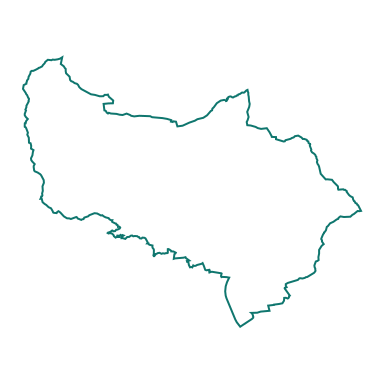 the district of Fieni, Dâmbovita, Romania
{"feature_id": "2599482B92838501845888", "entity_name": "Fieni", "entity_type": "district", "adm_level": 2, "iso_a3": "ROU", "parent_name": "Romania", "parent_adm1": "Dâmbovita", "projection": "robinson", "projection_center": [25.406, 45.133], "detail": "fine", "context": "isolated", "style": "outline", "palette": "teal", "viewbox_px": 384, "rotation_deg": 0, "n_neighbors": 0, "source": "geoboundaries", "source_scale": "gbopen_adm2", "svg_char_len": 5906}
<svg xmlns="http://www.w3.org/2000/svg" viewBox="0 0 384 384"><path d="M361.0,210.9L358.1,205.2L357.3,204.8L356.7,203.5L355.5,203.1L354.5,201.2L354.0,201.1L353.1,199.3L352.7,197.4L350.4,196.2L349.1,195.1L346.7,191.9L346.8,191.2L345.0,189.8L344.1,189.9L343.3,189.3L338.4,189.7L338.0,188.8L338.0,186.8L337.8,186.2L333.7,182.1L332.0,179.8L327.4,179.3L325.7,179.4L320.7,173.8L319.1,166.7L318.5,165.2L317.6,164.0L316.9,162.0L317.4,160.3L316.4,158.2L316.3,156.7L315.8,156.3L315.3,154.9L314.1,153.7L312.0,152.3L311.0,150.6L311.3,149.5L309.8,145.7L310.2,144.4L310.1,143.9L308.8,143.3L308.5,142.9L308.3,141.4L307.3,141.0L306.7,139.8L304.1,138.9L302.8,139.0L301.5,137.5L298.2,135.6L294.9,136.2L293.7,137.4L291.6,138.1L290.7,138.8L285.5,140.2L284.8,141.3L283.6,141.5L276.0,139.2L276.0,137.1L271.8,136.9L271.7,136.3L269.6,132.3L266.8,128.2L261.1,128.9L257.8,128.1L255.6,126.9L250.7,125.5L247.3,125.2L246.7,122.0L247.6,120.2L248.6,117.0L247.2,111.9L249.2,106.9L249.7,103.9L249.1,101.3L248.7,96.6L248.3,94.8L248.3,92.6L247.9,91.8L247.5,89.9L246.4,90.4L244.3,92.5L243.4,92.7L242.1,92.5L239.7,94.1L238.4,94.4L237.7,95.4L237.1,95.3L235.8,96.3L234.6,96.5L233.3,97.4L232.3,97.4L231.4,96.7L230.2,96.4L228.4,97.0L228.2,97.6L226.9,98.6L227.0,99.3L227.5,99.4L226.5,101.0L226.0,101.1L225.6,100.3L224.2,99.9L220.7,100.6L216.8,103.2L213.8,107.3L212.4,108.6L212.1,110.3L210.8,111.0L207.1,115.3L203.3,117.8L197.4,119.2L194.9,120.7L189.4,122.6L182.6,125.7L177.4,126.4L176.0,121.7L173.1,121.3L172.7,122.0L170.9,121.6L171.2,120.1L167.1,118.9L162.5,118.1L152.1,117.2L150.2,116.2L139.3,115.8L134.2,116.4L131.2,115.8L130.1,115.0L126.6,113.6L122.6,115.0L119.6,114.7L116.5,113.9L110.8,113.5L108.8,112.8L108.0,113.5L106.6,112.5L106.1,111.3L105.2,110.6L104.4,110.4L103.6,103.9L108.6,103.4L112.9,103.3L113.2,100.5L108.9,96.8L107.9,94.6L107.2,94.9L104.6,94.9L103.3,96.2L99.8,96.3L94.9,94.9L91.0,94.3L81.4,89.1L79.3,87.2L78.1,84.9L76.9,83.8L74.6,83.1L72.7,81.7L71.2,81.2L70.1,79.9L69.6,76.7L66.1,73.3L65.7,71.2L65.7,68.9L64.8,68.0L63.8,66.3L60.8,64.0L62.2,57.3L59.9,58.7L57.8,59.3L54.7,59.8L52.6,59.6L51.5,60.2L47.8,59.8L45.2,62.0L44.7,63.2L42.9,65.1L42.1,66.4L39.4,67.8L38.6,67.9L38.1,68.5L35.6,69.8L33.2,70.9L31.7,70.9L30.7,71.6L30.3,73.7L28.6,76.8L28.3,78.9L27.0,80.5L26.8,81.9L26.4,82.4L26.4,83.7L23.7,85.1L23.0,88.9L25.7,92.9L26.2,94.1L27.1,95.1L28.2,97.8L28.9,98.5L28.9,99.7L28.5,101.0L28.7,101.5L26.4,105.8L26.4,107.2L25.4,109.7L26.0,110.4L24.7,114.0L24.8,115.4L26.0,117.2L27.8,119.0L26.1,121.1L25.7,123.0L25.2,122.8L24.8,123.3L24.7,126.3L24.8,126.9L25.5,127.1L26.1,128.0L27.9,132.7L27.3,134.7L28.8,137.7L29.0,142.7L30.6,143.3L31.2,145.9L31.0,148.6L33.5,150.1L32.9,152.0L32.4,155.4L31.0,158.3L31.2,160.0L32.2,161.5L34.7,164.1L33.7,166.0L33.7,167.3L34.2,170.6L34.9,171.4L37.6,172.5L40.2,174.2L41.1,175.2L43.7,180.1L43.9,182.8L42.5,186.3L42.8,190.9L42.1,193.5L42.4,195.4L42.0,196.3L41.2,196.5L41.0,197.7L40.5,198.8L41.7,198.7L42.6,202.2L44.7,204.0L46.2,204.9L48.6,207.2L51.0,208.3L52.5,210.8L53.2,212.5L53.8,212.8L56.6,213.1L57.3,211.9L58.5,211.2L60.3,212.5L63.9,216.4L67.0,218.3L69.3,218.4L70.9,219.0L76.3,217.0L77.0,217.4L77.7,218.5L81.3,219.9L82.2,219.3L83.5,219.1L84.3,217.6L88.2,216.3L89.3,215.2L94.5,213.2L97.2,213.5L101.0,215.5L102.3,215.2L103.5,216.2L105.5,217.3L108.5,218.1L109.0,218.5L109.3,219.2L111.0,220.2L112.3,220.2L112.0,221.0L112.2,221.9L115.6,223.6L116.0,223.6L116.6,224.8L117.4,224.8L117.7,225.3L118.0,226.9L119.1,226.6L119.7,226.9L120.2,227.7L119.6,228.6L117.5,229.6L116.2,229.7L115.1,231.1L113.4,231.3L112.5,230.5L112.1,230.5L110.6,231.7L109.0,232.4L108.2,232.5L107.7,233.0L108.5,233.5L110.0,233.1L112.1,233.6L113.7,235.3L113.9,236.2L115.6,237.6L116.7,237.0L118.2,237.0L117.2,236.0L117.3,235.6L118.1,235.6L119.4,236.4L119.6,235.6L120.3,235.1L120.5,235.6L121.8,235.4L122.2,235.0L123.6,235.5L121.8,236.8L121.3,237.7L121.4,238.2L122.5,238.1L125.3,238.9L127.2,237.0L129.2,236.9L130.8,235.7L132.1,235.5L133.2,236.3L134.8,236.0L137.3,236.2L138.1,236.9L139.2,237.2L139.4,237.9L140.0,238.4L141.5,238.5L142.4,237.6L144.5,237.8L145.5,238.4L147.4,241.8L147.7,242.7L147.2,243.4L148.5,243.4L148.7,244.3L149.8,244.9L152.5,245.5L152.4,247.0L152.6,247.8L153.7,249.2L153.9,250.1L153.8,254.0L153.4,255.3L153.8,256.1L154.3,256.1L155.4,254.7L155.6,254.0L156.6,253.8L157.8,253.1L159.5,252.8L161.5,253.8L162.9,253.3L164.7,253.6L165.5,253.2L167.3,253.1L167.8,252.8L167.8,249.1L168.1,249.0L169.4,249.5L171.3,250.9L171.3,251.4L173.5,251.5L175.8,252.7L175.4,253.5L174.4,254.1L173.8,258.8L175.1,258.4L183.4,257.7L185.5,257.2L185.9,258.1L189.2,260.5L186.9,261.0L187.2,261.9L188.3,261.8L188.9,265.0L190.0,267.3L191.3,267.0L192.3,267.4L193.2,265.5L193.6,265.9L195.7,265.8L197.0,265.0L201.6,263.8L202.6,263.1L203.9,266.0L205.2,269.8L206.3,270.3L209.4,269.8L209.7,270.5L209.2,271.6L209.4,272.5L211.0,271.9L212.2,271.8L221.3,273.3L221.6,273.5L221.0,276.1L221.5,277.1L222.1,276.9L226.4,277.1L229.2,277.6L227.0,282.2L225.7,286.3L225.2,291.4L225.7,295.7L226.5,298.3L235.3,319.5L236.8,322.3L240.2,326.7L251.9,319.0L253.2,317.7L253.3,316.8L252.9,316.0L253.0,315.4L252.0,313.4L251.4,312.9L257.3,312.7L260.7,311.6L269.5,310.8L268.2,305.6L274.1,304.9L274.1,304.6L278.9,304.0L282.4,303.3L284.0,300.7L284.2,297.9L285.9,297.8L287.7,298.5L288.3,298.2L288.9,297.4L289.1,296.0L289.8,295.6L284.7,288.5L284.8,287.8L286.6,287.2L285.8,285.7L285.8,284.1L287.9,282.9L297.9,279.9L299.2,278.5L300.0,278.2L302.5,278.5L304.8,277.9L305.8,277.2L307.2,277.0L314.1,272.8L315.3,271.3L315.5,270.7L315.3,270.1L315.3,268.7L314.6,267.1L314.4,265.4L315.8,261.5L317.5,260.9L318.6,260.1L318.4,257.1L319.1,253.6L319.1,249.9L321.6,245.9L323.7,244.1L322.0,241.6L322.0,240.3L321.3,239.3L321.3,238.6L323.1,234.3L324.0,233.2L324.0,232.5L325.0,231.7L326.0,230.1L326.8,226.9L327.9,226.1L330.1,223.3L333.4,221.8L336.7,219.4L338.2,218.9L338.5,217.9L340.4,216.4L343.9,217.0L350.4,216.7L352.4,214.8L353.8,214.1L357.6,211.0L359.3,211.2L361.0,210.9Z" fill="none" stroke="#0f766e" stroke-width="2"/></svg>